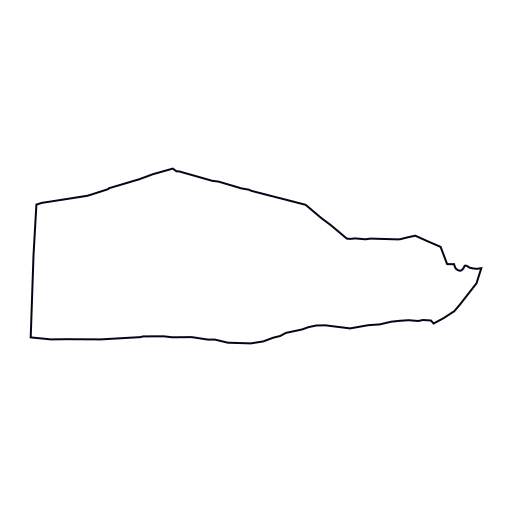 the district of Tucurú, Alta Verapaz, Guatemala
{"feature_id": "79465075B80923191364064", "entity_name": "Tucurú", "entity_type": "district", "adm_level": 2, "iso_a3": "GTM", "parent_name": "Guatemala", "parent_adm1": "Alta Verapaz", "projection": "natural_earth1", "projection_center": [-90.008, 15.309], "detail": "fine", "context": "isolated", "style": "outline", "palette": "ink", "viewbox_px": 512, "rotation_deg": 0, "n_neighbors": 0, "source": "geoboundaries", "source_scale": "gbopen_adm2", "svg_char_len": 1296}
<svg xmlns="http://www.w3.org/2000/svg" viewBox="0 0 512 512"><path d="M481.3,268.2L480.2,268.3L479.1,268.5L477.4,268.8L476.2,268.8L474.5,268.6L472.9,268.4L471.5,268.1L470.3,267.8L469.5,267.6L468.4,266.9L467.3,266.1L466.1,265.7L465.0,265.7L464.1,266.8L463.7,267.7L463.3,268.5L462.7,269.2L461.5,270.3L460.3,270.7L458.8,270.5L458.0,270.2L456.1,268.9L455.4,267.9L455.0,267.1L454.6,266.0L454.0,264.1L453.0,264.2L447.2,264.1L446.6,262.8L443.4,254.2L440.6,246.9L428.6,241.7L415.3,235.7L407.0,237.5L400.7,239.1L398.3,239.4L370.7,238.6L365.4,239.3L355.3,238.4L350.1,238.9L346.8,238.6L330.6,225.0L321.3,218.1L305.6,204.8L251.9,191.0L248.5,189.6L241.4,188.4L218.5,181.6L212.2,180.8L179.1,171.4L176.5,171.3L172.8,168.6L152.9,174.2L139.1,179.3L109.0,188.2L108.0,189.2L87.7,195.7L41.7,202.9L36.4,204.6L33.5,255.5L30.7,337.4L50.9,339.4L67.1,339.2L100.9,339.4L140.6,337.1L143.0,336.4L163.7,336.3L172.3,337.3L191.6,337.1L208.0,339.6L214.9,339.6L227.9,342.7L250.8,343.4L263.3,341.4L273.2,337.7L280.1,336.0L285.9,332.9L301.9,329.5L308.6,327.1L316.4,325.5L325.2,325.3L350.1,328.4L368.2,325.2L379.7,324.4L391.3,321.7L399.7,320.8L408.5,320.2L418.2,321.0L423.0,320.0L430.9,320.5L433.6,323.5L443.5,318.2L452.8,312.1L454.0,311.5L459.9,304.6L476.5,283.3L481.3,268.2Z" fill="none" stroke="#020617" stroke-width="2"/></svg>